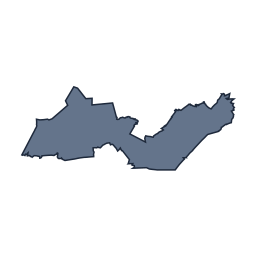 outline of Mazatepec, Morelos, Mexico, rotated 84°
{"feature_id": "50627088B77500385000794", "entity_name": "Mazatepec", "entity_type": "district", "adm_level": 2, "iso_a3": "MEX", "parent_name": "Mexico", "parent_adm1": "Morelos", "projection": "equal_earth", "projection_center": [-99.367, 18.688], "detail": "fine", "context": "isolated", "style": "filled", "palette": "slate", "viewbox_px": 256, "rotation_deg": 84, "n_neighbors": 0, "source": "geoboundaries", "source_scale": "gbopen_adm2", "svg_char_len": 5634}
<svg xmlns="http://www.w3.org/2000/svg" viewBox="0 0 256 256"><g transform="rotate(84 128 128)"><path d="M151.0,197.2L152.5,196.1L153.7,194.1L153.2,184.1L152.9,181.3L152.7,178.8L152.6,174.7L152.7,173.0L152.8,167.5L152.9,165.1L151.8,165.0L151.1,165.1L149.9,164.8L148.4,164.3L147.1,164.9L144.1,164.8L144.0,163.8L144.1,163.6L144.4,161.0L143.8,160.0L144.4,159.1L144.8,157.5L142.4,154.8L142.2,154.0L141.4,152.2L140.9,150.8L140.8,147.8L142.9,147.2L142.8,146.8L142.6,146.2L142.6,145.5L142.7,145.0L142.9,144.8L144.5,143.6L145.6,142.9L146.6,142.1L148.3,141.3L149.8,140.7L149.2,139.9L148.8,139.3L147.0,137.7L147.4,137.5L148.1,137.5L148.5,137.4L148.9,137.0L149.4,136.8L149.8,136.8L149.9,136.5L150.0,135.9L159.6,129.9L160.7,130.4L162.7,131.2L163.2,131.2L163.6,131.6L163.7,129.3L163.8,128.3L163.9,126.9L164.6,127.2L165.2,127.9L165.5,127.4L166.1,125.7L167.0,125.7L167.9,125.8L168.1,126.5L168.5,127.3L169.4,113.7L170.4,112.0L170.8,111.4L171.0,111.1L171.7,108.1L172.3,105.2L172.7,103.5L174.6,85.4L172.2,83.2L169.6,80.7L166.0,76.7L164.8,75.2L163.4,76.1L163.6,73.2L163.3,73.4L161.3,71.1L159.7,69.5L159.2,68.9L157.1,66.0L156.9,66.0L154.3,63.2L147.9,55.8L145.3,52.5L144.5,51.6L143.7,50.6L142.9,49.6L142.7,49.2L141.1,39.7L140.8,38.2L140.5,38.3L140.2,37.7L139.7,36.9L139.7,36.6L139.5,36.2L139.2,36.0L138.6,35.5L137.1,35.1L137.1,34.9L137.1,34.7L136.5,33.6L135.8,32.7L135.6,32.1L134.7,30.7L134.5,29.8L134.8,29.7L134.0,27.3L133.7,25.8L133.6,25.6L133.5,24.7L130.3,24.0L128.9,22.5L128.6,22.4L128.3,22.3L127.8,22.0L126.7,21.8L126.2,21.7L125.7,21.4L125.2,21.8L123.7,22.5L122.0,23.4L121.4,21.0L120.7,21.4L120.3,20.8L120.1,21.0L119.7,21.1L118.9,20.7L118.7,20.2L118.3,20.5L117.8,20.7L117.4,20.9L116.9,21.5L116.6,21.4L116.3,21.6L114.7,20.5L114.1,23.4L114.1,23.1L113.7,22.5L113.2,23.2L112.4,22.4L112.0,22.1L111.7,22.0L111.4,21.4L111.2,21.3L110.9,20.7L110.2,19.6L109.9,21.6L109.9,22.6L109.7,23.9L109.9,24.4L110.0,26.2L108.9,27.2L108.7,25.0L108.2,24.3L107.3,24.1L104.4,23.2L105.1,25.1L105.3,26.1L105.9,27.3L106.1,28.1L106.1,28.7L104.9,28.4L104.4,28.7L104.0,29.0L103.7,29.7L104.2,30.2L103.9,31.4L104.1,31.3L105.3,31.6L105.3,31.8L108.4,34.1L109.7,35.9L110.9,36.3L111.6,36.4L112.6,37.2L114.0,39.4L115.6,41.3L116.0,41.8L117.6,43.1L117.7,43.3L116.4,45.5L115.4,46.5L114.0,47.7L113.3,48.1L112.5,48.3L111.7,49.3L111.2,49.3L110.8,49.3L109.9,49.6L110.0,50.3L110.5,50.5L111.0,50.6L111.0,51.0L111.2,52.1L111.4,52.5L111.7,53.4L111.9,54.0L111.9,54.5L112.0,54.8L112.8,55.1L113.0,55.6L113.0,56.0L112.2,56.2L112.2,57.0L111.8,57.4L111.8,58.4L112.6,58.4L112.8,58.3L112.9,57.9L113.1,57.8L113.4,57.7L113.9,57.8L113.9,58.0L113.5,58.6L113.5,59.0L113.4,59.4L113.5,59.8L113.4,59.9L113.3,60.1L113.1,60.1L112.9,60.8L112.8,61.2L111.7,62.5L111.9,62.8L111.7,63.5L110.8,63.6L110.8,64.5L110.7,64.9L111.0,65.2L113.0,68.5L113.2,68.9L113.5,69.5L115.0,71.9L115.8,73.1L116.0,73.5L115.6,74.7L115.4,74.5L114.8,75.5L115.2,75.8L115.8,76.3L114.5,78.4L114.7,78.6L115.4,77.6L115.6,77.7L114.9,78.8L115.5,79.4L115.1,80.1L116.8,79.0L121.5,83.5L121.8,83.0L123.4,84.7L123.5,84.5L125.4,86.4L127.4,88.0L129.3,89.8L129.1,90.2L129.8,91.4L130.1,90.9L131.2,93.4L131.5,93.9L132.0,94.9L133.2,93.3L133.6,93.0L134.0,93.9L134.4,94.4L134.5,94.7L134.7,95.4L134.7,95.9L135.6,98.0L135.8,98.4L136.4,98.7L136.6,98.9L136.9,100.2L137.2,100.9L138.6,103.3L139.4,103.7L139.5,103.8L139.8,103.9L139.8,104.1L138.8,106.8L138.6,108.0L138.1,109.9L137.7,111.0L137.8,111.0L138.5,111.8L140.0,112.4L143.8,112.1L134.1,126.8L126.9,121.5L126.5,121.9L126.1,121.8L125.7,121.4L125.4,121.3L125.3,121.2L125.0,120.7L125.2,120.1L124.9,119.7L124.7,119.5L124.7,119.4L124.7,119.1L125.0,118.8L125.0,118.6L124.8,118.3L124.7,118.3L124.2,118.8L123.6,119.6L123.4,119.6L123.4,119.4L123.4,118.3L123.3,118.2L123.2,117.9L123.0,117.6L122.7,117.4L122.4,117.4L122.1,117.3L121.1,118.2L120.9,118.7L120.3,120.4L119.8,120.1L119.8,120.3L119.6,120.4L119.6,121.0L119.6,121.7L119.2,121.8L119.0,122.0L118.7,123.5L118.5,124.2L118.1,124.7L117.9,125.0L117.5,125.2L117.2,125.1L117.2,125.3L116.7,126.0L116.8,126.4L116.7,126.9L117.0,127.4L116.8,127.5L116.9,127.9L117.0,128.7L117.1,128.9L117.2,129.0L117.6,129.2L117.7,130.0L117.5,130.7L116.7,132.3L116.9,132.9L117.0,133.5L117.0,134.2L117.2,134.8L117.9,135.6L118.3,136.0L118.4,136.9L118.4,137.4L118.2,138.1L118.1,138.3L116.4,137.8L116.2,137.9L115.9,138.2L115.8,138.5L115.2,138.5L114.1,138.7L101.5,140.7L101.3,161.4L94.7,160.6L94.4,166.9L83.1,174.0L81.4,177.6L94.4,187.3L99.1,185.6L99.4,185.9L99.6,186.3L105.6,194.9L110.8,202.4L111.0,202.8L111.7,205.8L110.8,207.1L110.9,211.0L110.8,213.7L110.7,215.0L109.7,218.1L112.3,218.2L113.2,218.3L114.0,218.4L114.5,218.5L114.8,218.6L116.1,218.5L117.4,218.9L118.4,219.6L119.6,220.5L120.7,221.1L123.5,223.0L143.7,236.4L144.0,235.9L143.6,235.6L143.8,235.2L144.2,233.9L144.6,233.4L143.3,232.6L143.6,231.9L143.9,231.5L143.9,231.3L143.7,231.2L143.9,231.3L143.9,231.1L143.5,231.0L143.1,230.8L142.7,230.7L142.2,230.0L142.6,230.1L143.2,230.5L145.2,230.9L145.1,229.7L144.9,229.5L144.9,229.4L144.9,229.2L145.1,228.9L145.3,228.6L145.5,228.3L145.8,228.3L146.0,228.2L146.2,227.8L146.3,227.5L146.4,227.4L146.8,226.4L147.0,226.3L146.1,224.9L145.7,224.2L146.1,221.8L146.5,220.8L147.1,218.9L148.8,218.9L148.8,218.6L148.6,217.8L148.2,217.3L147.8,217.0L147.3,216.6L146.7,216.5L146.7,215.9L146.7,213.5L146.8,210.5L147.0,207.0L147.6,204.5L147.2,204.0L147.3,203.8L146.7,202.6L146.6,202.0L146.1,201.4L145.9,201.2L145.7,201.3L145.5,201.1L145.5,200.7L145.8,200.4L146.1,200.7L146.5,200.7L146.7,200.8L147.4,200.7L147.7,200.8L148.0,200.9L148.6,201.0L149.2,201.3L149.5,201.3L150.1,201.0L150.7,200.7L151.0,200.4L151.1,200.1L151.2,199.7L151.3,197.7L151.5,197.5L151.0,197.2Z" fill="#64748b" stroke="#1e293b" stroke-width="1.5"/></g></svg>